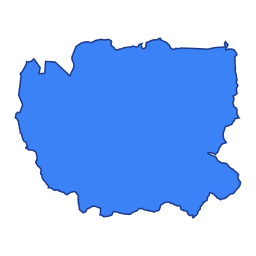 outline of Asikuma-odoben-brakwa, Central, Ghana
{"feature_id": "2480657B2595733520620", "entity_name": "Asikuma-odoben-brakwa", "entity_type": "district", "adm_level": 2, "iso_a3": "GHA", "parent_name": "Ghana", "parent_adm1": "Central", "projection": "albers", "projection_center": [-1.016, 5.627], "detail": "fine", "context": "isolated", "style": "filled", "palette": "blue", "viewbox_px": 256, "rotation_deg": 0, "n_neighbors": 0, "source": "geoboundaries", "source_scale": "gbopen_adm2", "svg_char_len": 5778}
<svg xmlns="http://www.w3.org/2000/svg" viewBox="0 0 256 256"><path d="M220.6,199.7L220.8,199.3L221.8,198.9L224.0,198.8L224.5,198.4L226.1,197.7L227.5,196.6L228.4,195.6L230.1,194.2L230.7,194.0L232.3,193.9L233.2,193.5L234.1,192.7L235.8,190.3L237.7,188.4L239.4,186.4L239.9,185.3L240.6,182.7L240.3,181.9L238.7,179.6L238.2,179.1L238.1,177.8L238.0,176.1L238.1,174.6L238.4,174.6L237.1,172.7L233.8,170.3L233.0,169.2L232.9,169.3L231.4,168.7L228.4,166.0L227.8,164.6L226.7,163.8L224.8,163.4L225.0,163.2L223.5,162.9L221.5,163.2L220.5,162.1L218.4,161.1L217.6,160.4L216.5,158.1L215.6,156.7L213.2,156.0L207.9,153.5L208.0,153.0L210.7,152.5L211.8,152.8L212.8,153.4L214.9,154.1L215.3,154.5L216.6,153.1L217.3,152.8L217.8,152.0L218.0,151.3L218.6,150.3L218.8,149.0L220.0,147.2L221.1,144.9L222.1,144.1L226.3,142.6L224.1,139.4L223.6,138.1L223.1,135.1L223.4,132.6L224.9,128.2L224.9,127.6L225.7,126.4L228.1,126.0L229.7,125.0L231.2,124.7L231.8,124.3L232.8,122.3L234.1,121.0L234.8,118.9L235.1,118.6L239.2,117.9L237.7,116.1L237.8,115.8L237.7,115.2L236.9,114.0L237.0,109.7L236.5,108.5L235.9,107.7L233.5,106.5L233.7,104.8L232.9,103.7L233.0,102.5L234.0,99.2L233.6,97.0L232.8,96.2L233.9,95.5L235.0,95.2L236.4,94.3L236.8,93.8L237.1,93.0L236.6,91.6L236.5,88.3L237.9,85.6L237.6,84.7L236.5,83.1L236.4,82.2L236.6,80.9L237.0,80.3L236.0,73.8L235.4,72.6L235.2,71.5L235.2,70.2L235.5,69.8L235.2,66.2L234.9,56.5L236.1,55.7L236.9,54.6L236.6,53.4L235.3,51.7L234.7,50.6L234.3,50.0L233.5,49.6L231.2,49.0L229.7,49.2L228.6,48.9L226.9,49.9L225.7,50.0L225.9,48.7L226.6,47.3L227.0,46.9L227.6,45.8L227.9,44.4L227.3,43.9L225.4,41.7L224.5,43.7L224.5,44.2L225.2,45.8L225.3,46.5L224.6,47.0L216.5,47.5L212.5,48.1L208.0,49.2L194.8,48.5L181.9,48.1L181.1,48.1L177.9,48.7L175.8,48.3L173.9,49.3L173.0,49.4L172.4,49.3L170.6,47.8L169.1,44.8L167.7,43.9L166.8,42.6L162.2,40.6L161.9,40.2L160.6,39.9L160.6,39.2L160.7,38.7L160.2,38.2L159.3,38.7L158.9,38.5L158.6,38.6L158.4,38.9L158.1,39.0L157.7,39.6L157.3,39.9L155.6,39.7L153.9,40.0L153.2,39.9L150.3,41.0L148.8,41.7L146.7,42.4L146.2,43.0L146.4,44.1L145.7,45.3L146.3,46.0L146.2,46.4L145.0,48.0L144.1,48.4L143.8,48.8L142.6,48.4L142.1,47.9L141.1,45.0L141.9,43.7L139.5,44.3L138.0,46.6L136.6,47.1L135.0,46.8L133.8,46.2L133.2,46.1L130.5,46.9L124.1,47.7L121.5,48.9L118.9,49.2L118.8,49.5L118.1,49.9L117.7,50.0L116.7,49.7L115.7,50.1L114.1,47.8L112.2,46.0L111.6,45.9L111.1,45.1L111.2,44.4L111.0,43.4L111.5,42.8L111.5,42.1L111.3,41.0L108.8,39.5L106.8,39.5L105.6,39.9L104.9,39.9L103.0,39.8L101.9,39.4L99.1,39.6L97.5,40.4L96.7,40.1L96.3,40.1L95.5,40.7L94.8,40.8L94.3,41.6L93.3,41.5L92.4,42.2L90.9,42.8L90.1,42.6L89.5,42.1L85.9,41.8L81.5,42.9L76.1,46.4L72.5,55.5L71.8,57.8L72.5,61.0L73.3,62.4L73.8,63.9L73.9,64.7L73.8,66.4L73.6,67.9L70.7,73.7L69.9,75.9L55.1,62.0L45.6,61.4L44.7,73.4L38.9,73.6L39.7,70.4L40.1,67.5L33.9,58.8L31.3,61.3L27.3,62.1L26.7,61.6L26.3,63.9L24.6,67.5L23.2,69.9L22.9,70.3L22.1,72.0L21.1,72.6L20.2,73.8L20.9,75.3L21.2,75.3L18.7,95.1L22.7,104.8L20.0,112.3L19.5,112.5L17.8,112.3L17.3,112.6L16.2,113.7L16.0,114.0L15.8,115.6L15.4,117.1L15.4,117.8L16.8,118.6L17.6,120.1L18.3,120.9L18.8,124.5L19.2,125.4L19.7,129.4L20.2,130.6L20.2,132.5L20.3,132.8L21.3,133.8L21.7,134.7L22.1,136.0L22.3,137.8L22.8,138.8L23.0,139.6L24.1,141.3L26.0,142.3L26.3,142.8L26.4,143.6L27.5,146.8L27.2,147.0L26.5,146.7L26.2,146.9L25.8,147.7L25.9,148.0L26.5,148.6L27.6,148.9L28.8,150.0L32.6,150.0L34.1,151.1L34.8,151.2L35.5,151.7L36.3,153.4L36.5,155.0L37.0,155.7L37.1,156.5L37.0,157.1L37.2,158.4L36.8,159.7L36.9,160.3L36.3,160.7L36.3,161.1L35.9,161.5L35.8,161.8L35.9,162.8L37.8,166.0L39.8,167.6L40.2,168.3L41.0,169.1L41.0,170.5L40.8,171.4L40.9,172.9L40.6,173.5L40.6,173.8L41.2,174.5L41.8,175.1L42.0,177.0L42.4,178.3L43.1,179.3L43.3,179.8L43.8,180.5L44.5,181.0L44.8,181.5L45.9,182.5L46.3,183.9L47.2,184.2L47.3,184.6L47.7,185.0L48.2,185.9L48.5,186.1L48.4,187.8L49.1,187.6L51.2,188.1L52.3,188.8L52.9,189.5L54.6,190.3L56.7,190.2L57.4,190.0L58.3,189.9L59.2,191.3L60.5,191.1L61.7,192.0L63.7,192.4L65.4,194.1L66.9,194.7L70.6,192.4L74.1,191.5L76.5,192.6L76.5,193.8L77.7,194.3L77.8,194.9L78.2,195.5L78.4,196.5L78.1,197.8L78.1,198.9L78.4,199.2L78.4,199.8L78.1,200.0L78.4,200.7L78.5,201.6L78.3,201.7L78.4,202.1L78.3,203.4L78.5,203.7L79.0,204.1L78.9,205.7L79.3,206.9L79.4,209.5L83.0,212.7L84.3,212.5L85.4,211.9L86.0,211.2L87.0,209.2L87.4,208.7L89.7,208.0L92.0,206.4L92.5,206.3L95.9,206.4L97.7,207.3L100.7,208.2L100.8,208.6L100.4,210.1L100.6,211.8L100.0,214.9L100.5,214.9L102.2,215.5L103.6,216.6L104.0,216.8L104.7,216.5L106.1,216.6L106.9,216.4L108.9,216.1L110.2,215.5L111.9,214.9L113.0,212.2L113.5,211.7L114.0,211.6L117.2,212.0L117.8,212.5L122.8,213.7L125.4,214.1L126.0,214.1L128.7,214.4L130.5,214.2L131.6,213.1L132.5,212.8L133.2,212.2L137.0,210.7L137.5,210.3L137.8,209.6L138.8,208.7L140.0,208.7L140.7,208.9L141.7,208.2L143.9,209.7L145.1,209.8L149.9,211.1L151.9,211.1L152.5,211.3L153.4,211.9L154.7,211.9L156.3,210.9L158.1,210.7L159.2,209.9L160.1,207.5L160.2,206.0L160.7,205.7L160.8,204.8L161.7,204.6L163.6,203.1L166.2,202.2L167.6,202.0L169.2,202.1L169.9,203.0L170.6,202.9L171.8,203.5L173.0,203.5L173.3,203.7L173.7,204.4L177.5,205.9L179.2,205.7L180.0,206.4L180.7,206.8L180.5,208.1L181.1,209.5L181.8,209.9L183.0,210.2L183.9,210.8L186.5,210.8L188.4,214.7L189.2,215.0L189.6,215.4L191.0,215.7L191.7,215.2L192.7,215.2L192.9,216.2L192.6,217.3L193.3,217.8L194.0,217.2L194.9,215.9L195.9,215.6L197.2,214.3L197.8,212.6L197.7,212.1L198.0,211.3L200.2,209.1L200.2,208.1L200.4,206.7L201.4,205.9L201.8,205.0L202.1,204.9L202.3,204.3L202.9,203.8L203.0,203.0L203.2,202.9L203.5,202.1L203.7,201.9L204.2,202.2L204.6,202.0L205.8,200.8L206.8,200.5L207.1,200.3L207.2,199.0L207.5,198.4L207.5,197.1L209.1,195.4L209.6,192.7L209.9,192.5L210.3,192.8L211.9,193.2L213.2,194.0L216.2,196.6L216.9,197.6L220.6,199.7Z" fill="#3b82f6" stroke="#1e3a8a" stroke-width="1.5"/></svg>